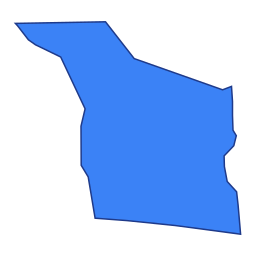 Bagaroua, Tahoua, Niger
{"feature_id": "23599985B53990886897515", "entity_name": "Bagaroua", "entity_type": "district", "adm_level": 2, "iso_a3": "NER", "parent_name": "Niger", "parent_adm1": "Tahoua", "projection": "mercator", "projection_center": [4.649, 14.377], "detail": "fine", "context": "isolated", "style": "filled", "palette": "blue", "viewbox_px": 256, "rotation_deg": 0, "n_neighbors": 0, "source": "geoboundaries", "source_scale": "gbopen_adm2", "svg_char_len": 448}
<svg xmlns="http://www.w3.org/2000/svg" viewBox="0 0 256 256"><path d="M95.1,218.2L127.1,220.6L175.1,225.5L240.6,234.2L238.1,205.2L236.6,191.8L227.2,181.5L224.4,166.6L224.1,155.9L233.8,145.7L236.3,135.7L233.0,130.2L232.5,115.5L232.5,101.6L231.5,86.4L222.6,89.8L134.2,58.6L105.5,21.8L15.4,23.4L17.5,25.7L28.4,39.8L35.5,44.8L60.7,57.0L85.1,108.8L81.0,126.2L81.2,165.3L88.2,176.9L95.1,218.2Z" fill="#3b82f6" stroke="#1e3a8a" stroke-width="1.5"/></svg>